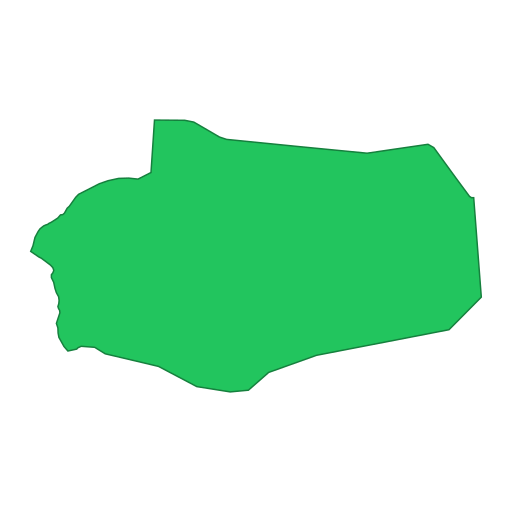 map outline of Al Jawf (orthographic projection)
{"feature_id": "YEM-335", "entity_name": "Al Jawf", "entity_type": "Governorate", "adm_level": 1, "iso_a3": "YEM", "parent_name": "Yemen", "parent_adm1": "", "projection": "orthographic", "projection_center": [44.939, 16.605], "detail": "fine", "context": "isolated", "style": "filled", "palette": "green", "viewbox_px": 512, "rotation_deg": 0, "n_neighbors": 0, "source": "natural_earth", "source_scale": "10m", "svg_char_len": 1045}
<svg xmlns="http://www.w3.org/2000/svg" viewBox="0 0 512 512"><path d="M154.5,120.1L158.4,120.1L184.8,120.3L193.8,122.1L219.4,137.0L226.6,139.4L259.9,142.7L299.0,146.6L328.8,149.5L367.1,153.2L393.0,149.4L428.0,144.3L433.8,147.6L444.1,161.8L455.9,178.0L469.5,196.4L471.5,197.7L473.7,197.7L481.3,297.1L449.0,329.7L316.5,355.3L268.7,372.4L248.4,390.2L230.2,391.9L196.8,386.6L158.5,366.4L105.2,353.8L94.7,347.3L81.2,346.3L78.0,347.7L76.7,349.1L67.9,351.0L64.0,346.5L58.9,337.4L58.1,333.0L57.9,327.9L56.4,323.4L59.9,312.8L59.6,310.3L58.6,308.7L57.9,306.6L58.8,303.6L59.1,300.4L58.6,296.7L56.4,292.7L55.0,288.4L53.7,282.3L51.4,277.6L51.4,274.7L52.9,272.8L53.8,270.3L52.8,267.6L50.5,265.1L41.3,258.2L38.9,257.0L30.7,251.4L33.0,245.7L35.0,237.4L38.2,231.4L40.2,228.6L43.7,225.9L45.9,224.9L47.6,224.4L48.9,223.4L51.2,222.3L57.7,218.1L60.5,214.9L62.8,214.6L64.4,213.2L67.2,208.2L69.3,206.3L75.7,197.3L78.6,194.3L99.4,183.7L108.1,180.7L118.6,178.4L128.7,178.1L138.0,179.1L151.0,172.5L154.5,120.1Z" fill="#22c55e" stroke="#15803d" stroke-width="1.5"/></svg>